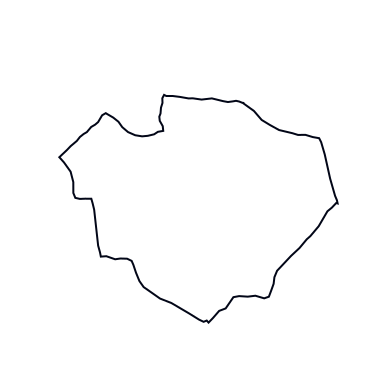 Täby, Stockholm, Sweden, rotated 119°
{"feature_id": "70781695B44466819558577", "entity_name": "Täby", "entity_type": "district", "adm_level": 2, "iso_a3": "SWE", "parent_name": "Sweden", "parent_adm1": "Stockholm", "projection": "mercator", "projection_center": [18.068, 59.467], "detail": "fine", "context": "isolated", "style": "outline", "palette": "ink", "viewbox_px": 384, "rotation_deg": 119, "n_neighbors": 0, "source": "geoboundaries", "source_scale": "gbopen_adm2", "svg_char_len": 1492}
<svg xmlns="http://www.w3.org/2000/svg" viewBox="0 0 384 384"><g transform="rotate(119 192 192)"><path d="M131.4,59.1L128.9,61.3L126.0,65.0L113.3,77.7L94.8,94.1L85.8,103.2L83.3,106.9L85.4,113.0L87.0,120.4L90.7,127.0L91.9,132.7L95.6,145.9L95.6,156.5L95.2,166.0L91.1,177.1L89.5,190.6L89.3,190.6L89.6,191.4L90.0,194.6L90.9,197.7L93.0,200.3L95.9,204.2L97.5,209.0L100.5,220.0L106.5,228.4L109.7,236.8L111.8,240.3L114.7,248.7L117.3,255.2L120.5,261.0L120.6,263.5L124.4,263.4L128.4,261.0L133.3,260.0L138.6,257.6L142.0,257.1L145.4,254.7L148.6,249.5L152.5,246.8L155.9,251.0L159.9,253.1L164.3,257.9L167.5,262.6L169.9,269.2L170.6,277.0L169.1,284.4L166.2,290.4L165.1,297.0L164.9,305.7L168.5,307.8L176.4,308.0L180.1,309.4L184.0,311.7L190.6,313.0L193.8,314.9L198.2,316.7L203.2,317.5L210.8,320.4L215.8,321.7L225.9,324.9L228.2,318.3L233.1,308.0L240.9,300.6L250.4,295.3L253.7,291.2L252.4,286.7L249.6,282.1L246.7,276.8L250.0,273.5L254.9,269.0L271.7,257.1L284.4,248.1L289.4,243.2L292.7,240.4L289.7,235.8L288.1,226.6L284.9,222.4L281.8,216.4L281.5,211.4L284.1,208.0L289.7,201.9L295.4,194.8L298.6,188.2L299.6,178.5L300.7,168.3L299.1,156.2L299.6,136.2L300.2,123.9L299.9,118.9L297.3,116.8L298.2,114.2L292.2,112.6L282.8,110.6L277.5,106.1L263.9,104.8L260.2,100.3L256.5,92.5L252.0,86.3L250.0,77.3L246.3,74.0L240.1,74.9L232.7,76.1L226.6,78.6L219.6,79.4L211.4,77.3L199.9,74.4L188.8,70.8L177.7,68.7L173.2,67.1L160.5,64.6L143.2,64.2L137.9,62.1L131.7,60.5L131.4,59.1Z" fill="none" stroke="#020617" stroke-width="2"/></g></svg>